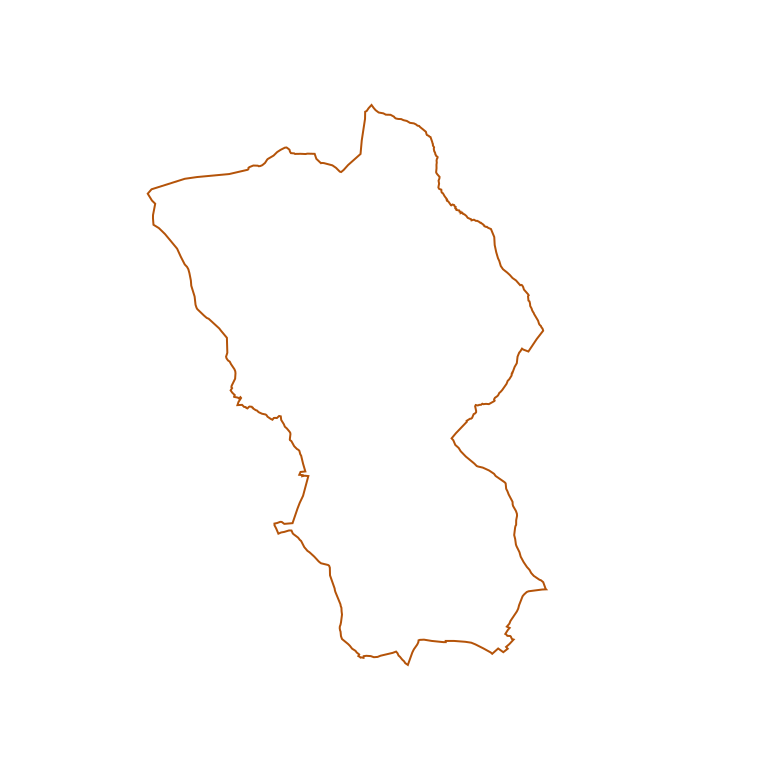 the district of Sacelu, Gorj, Romania, rotated 147°
{"feature_id": "2599482B5536240936017", "entity_name": "Sacelu", "entity_type": "district", "adm_level": 2, "iso_a3": "ROU", "parent_name": "Romania", "parent_adm1": "Gorj", "projection": "mercator", "projection_center": [23.537, 45.1], "detail": "fine", "context": "isolated", "style": "outline", "palette": "amber", "viewbox_px": 768, "rotation_deg": 147, "n_neighbors": 0, "source": "geoboundaries", "source_scale": "gbopen_adm2", "svg_char_len": 6148}
<svg xmlns="http://www.w3.org/2000/svg" viewBox="0 0 768 768"><g transform="rotate(147 384 384)"><path d="M478.5,672.3L478.7,664.3L477.7,659.8L485.7,651.5L487.5,648.8L490.6,643.1L487.9,637.4L486.0,629.0L483.8,610.2L485.1,601.5L486.0,592.8L485.4,589.5L485.6,586.8L486.8,583.0L489.6,576.0L492.1,571.4L495.2,560.5L498.9,553.1L499.7,550.1L499.8,548.5L497.7,539.5L496.7,536.0L495.5,534.2L491.9,520.3L491.7,517.5L490.6,508.3L498.4,495.5L501.6,492.9L502.1,491.2L502.0,488.7L501.2,486.8L501.5,483.9L501.4,477.8L501.8,475.7L502.7,473.9L506.0,469.5L512.7,465.5L513.7,464.5L513.6,463.3L516.1,462.2L516.0,459.4L515.2,456.0L516.5,455.2L516.7,454.8L514.0,452.2L513.5,450.8L511.6,451.2L511.5,450.1L515.8,448.2L518.4,446.1L514.4,443.8L513.8,441.0L512.6,440.0L512.5,438.8L511.8,437.9L509.8,438.4L509.0,438.3L507.3,436.9L507.3,435.9L506.9,435.5L507.1,434.8L505.8,431.9L505.0,431.0L504.5,428.7L502.5,425.5L499.9,422.9L499.5,421.8L499.5,420.0L498.0,416.4L497.0,414.8L495.0,415.5L493.9,415.0L492.4,413.8L489.4,414.3L488.2,413.1L489.8,409.8L489.9,404.8L490.4,402.2L489.7,399.7L489.2,395.5L489.2,394.2L489.7,393.0L493.2,388.8L493.4,388.2L492.8,386.5L493.2,380.7L492.4,376.9L491.6,375.3L491.4,374.0L492.5,370.6L492.5,369.1L495.3,361.2L497.6,353.5L501.9,355.7L504.5,354.0L501.9,351.9L502.7,351.2L500.5,350.3L497.6,348.0L512.8,334.3L519.3,330.3L524.3,326.7L536.5,317.1L543.8,321.0L544.9,324.0L546.1,324.9L549.3,325.6L551.9,326.6L552.8,325.1L553.1,321.7L554.1,316.0L551.1,315.5L548.3,314.3L543.4,312.9L541.4,311.5L541.9,308.4L541.7,307.4L539.7,301.9L539.5,299.2L539.0,297.5L539.7,290.6L539.1,285.8L538.1,283.4L536.5,277.2L535.4,270.7L534.5,268.0L529.5,262.7L529.0,261.5L529.5,259.4L533.5,252.9L536.8,239.3L537.4,238.1L538.0,236.2L540.5,223.0L541.2,221.4L541.6,219.5L543.4,216.4L544.8,213.5L549.9,207.5L551.7,205.7L553.0,204.8L554.1,203.4L555.0,201.4L555.3,200.0L557.4,196.0L558.1,193.0L555.7,185.4L555.2,183.0L554.9,179.4L553.4,176.1L553.1,174.9L553.2,173.9L552.1,170.7L553.7,169.8L552.9,168.3L552.7,167.3L551.8,167.0L550.3,165.5L549.3,166.8L546.9,165.7L543.3,163.0L541.3,160.4L538.0,158.6L534.9,158.0L523.2,153.8L519.6,153.0L519.3,150.8L519.7,148.3L519.2,146.6L518.8,142.8L518.2,140.6L518.2,138.3L517.0,135.4L506.5,143.4L503.5,145.2L498.0,147.4L495.9,148.7L494.6,150.2L493.3,149.9L489.7,147.8L484.0,142.6L474.7,135.1L472.8,133.9L472.2,134.9L465.5,130.6L456.2,123.5L451.7,119.5L449.2,115.9L444.7,108.2L440.7,100.7L440.2,98.8L432.3,100.0L430.0,94.1L424.4,94.6L424.8,97.0L420.5,97.6L414.5,99.1L415.6,100.5L415.2,103.2L415.5,104.0L417.7,105.6L417.9,107.3L418.4,108.3L414.0,110.3L411.5,111.0L413.1,113.6L409.4,114.7L407.0,116.4L396.4,120.9L393.8,122.5L391.2,124.9L383.4,130.5L381.2,131.2L377.6,131.8L375.6,131.4L363.3,125.5L359.9,123.5L360.0,124.2L358.4,131.1L359.3,134.0L360.2,135.1L362.9,141.5L363.5,145.3L363.2,149.0L363.8,152.7L363.9,158.6L363.4,164.8L362.0,169.1L361.2,175.8L360.8,177.5L358.4,182.6L357.1,186.4L352.3,192.1L351.2,193.2L349.9,193.9L347.3,197.8L344.2,201.0L343.2,202.8L342.5,205.7L342.2,211.3L341.7,212.9L340.4,215.1L340.3,215.8L339.6,223.5L338.9,226.7L338.6,229.6L336.1,234.4L336.3,235.8L340.5,246.1L340.6,248.7L343.0,254.3L346.7,260.1L350.0,263.5L350.9,264.7L351.6,268.1L354.9,278.6L356.3,285.8L356.2,289.7L357.4,294.1L356.5,299.1L356.9,301.6L350.4,303.6L335.1,307.2L334.8,308.1L330.7,308.0L329.9,307.5L328.6,307.6L325.2,309.9L323.9,309.7L322.2,310.1L321.4,311.2L319.7,315.7L318.5,316.4L317.4,315.2L316.3,314.7L315.6,314.7L313.9,313.7L312.3,313.9L311.7,313.0L309.3,311.8L307.0,310.0L300.6,309.6L300.2,309.9L300.2,310.9L300.0,311.2L298.5,312.0L295.5,312.1L294.2,312.5L292.0,313.8L291.0,313.8L288.3,314.5L281.1,317.4L278.5,319.3L276.5,319.7L272.4,321.6L271.3,323.1L270.3,323.7L270.2,323.4L265.1,327.2L261.3,329.1L257.1,334.2L253.5,336.7L252.0,337.1L249.0,338.5L248.5,337.1L245.2,332.6L231.5,338.5L221.5,342.0L221.0,343.6L220.9,344.5L221.1,345.7L220.8,347.1L221.2,348.6L221.2,350.0L220.3,353.2L220.0,360.9L219.7,362.4L219.8,363.5L219.5,365.7L219.1,366.9L218.9,369.8L217.8,371.8L217.0,374.0L217.4,375.3L215.4,379.2L214.3,379.6L214.3,380.8L215.2,387.0L214.5,389.5L214.4,391.3L214.6,392.0L215.1,392.5L216.0,392.7L216.9,399.0L218.5,402.9L219.1,406.9L220.0,410.4L221.7,415.4L221.8,419.4L220.3,424.4L219.9,427.4L218.1,433.4L215.5,440.2L211.5,447.2L209.9,455.7L211.6,458.2L212.1,459.8L212.7,460.0L213.9,461.7L213.6,462.4L214.1,463.8L214.1,464.4L214.8,465.7L214.8,466.2L215.0,466.6L215.4,466.7L216.0,468.4L217.0,470.1L218.1,470.8L219.1,472.8L221.5,473.6L221.2,474.6L223.3,477.8L223.4,480.1L224.2,482.6L225.0,483.4L225.0,485.0L226.7,485.5L225.9,486.7L226.8,487.3L226.4,488.6L228.5,490.5L228.5,490.9L228.0,491.5L228.5,492.3L228.5,492.7L227.5,493.4L228.0,494.4L227.7,495.8L228.8,497.2L230.3,497.2L230.5,497.5L230.6,501.3L230.7,502.1L231.4,503.4L231.2,504.2L230.7,504.1L230.6,504.5L230.9,508.4L230.7,511.8L231.2,512.8L231.2,513.7L230.1,515.8L231.4,517.4L231.5,518.0L231.3,519.3L228.7,522.0L227.5,524.8L225.7,526.1L224.6,527.4L225.1,531.0L225.1,532.8L224.8,533.4L222.4,536.4L220.6,539.3L219.2,540.9L218.2,542.8L217.0,544.0L215.8,544.6L215.4,545.4L216.0,546.8L215.8,547.5L215.9,548.1L215.7,549.1L215.4,549.5L215.1,550.8L215.2,551.5L214.2,554.1L213.1,555.2L213.1,557.2L212.8,558.0L212.3,558.5L212.1,559.9L211.8,560.5L210.5,565.8L211.2,566.8L211.3,567.7L212.4,569.5L212.3,570.3L211.5,572.7L213.8,579.9L214.0,581.3L215.2,582.4L215.8,584.3L217.0,586.3L220.0,588.9L221.6,592.2L224.0,594.7L225.3,596.8L227.8,598.6L229.4,600.2L230.0,601.7L230.0,602.7L231.9,606.2L235.8,608.9L237.1,611.3L240.6,614.6L241.9,618.2L242.3,621.0L242.5,624.8L246.7,623.7L249.8,622.4L251.5,622.6L255.5,616.7L270.0,600.4L278.4,589.7L294.9,587.2L301.2,585.5L304.5,585.1L305.4,586.2L306.5,591.4L308.2,595.5L314.1,602.0L315.8,603.3L316.6,603.5L318.1,609.7L316.8,614.8L322.9,619.0L324.4,619.5L328.6,622.5L332.8,625.1L333.4,625.5L333.7,626.3L336.3,628.3L336.3,630.2L335.7,631.8L335.9,632.8L336.9,635.4L338.4,636.2L343.1,636.7L347.3,636.7L352.2,635.7L358.7,636.0L359.6,635.9L363.4,634.2L366.9,633.8L369.1,634.2L370.5,634.9L370.9,635.8L374.6,638.4L378.7,639.2L379.9,639.1L380.5,638.2L381.6,637.9L399.5,644.4L428.1,659.4L439.3,664.6L472.9,673.9L478.5,672.3Z" fill="none" stroke="#b45309" stroke-width="2"/></g></svg>